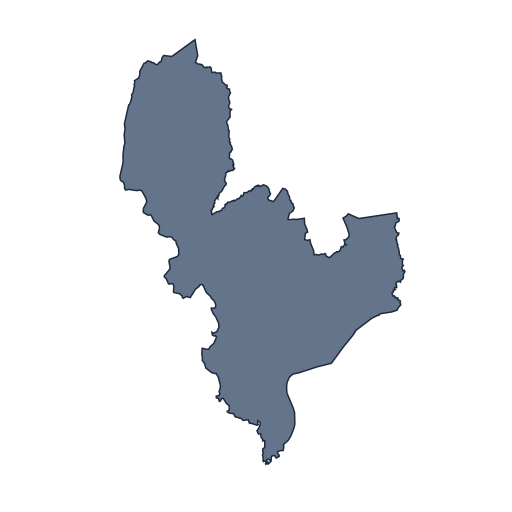 outline of Builsa South, Upper East, Ghana, rotated 9°
{"feature_id": "2480657B50810028950834", "entity_name": "Builsa South", "entity_type": "district", "adm_level": 2, "iso_a3": "GHA", "parent_name": "Ghana", "parent_adm1": "Upper East", "projection": "equal_earth", "projection_center": [-1.342, 10.53], "detail": "fine", "context": "isolated", "style": "filled", "palette": "slate", "viewbox_px": 512, "rotation_deg": 9, "n_neighbors": 0, "source": "geoboundaries", "source_scale": "gbopen_adm2", "svg_char_len": 6112}
<svg xmlns="http://www.w3.org/2000/svg" viewBox="0 0 512 512"><g transform="rotate(9 256 256)"><path d="M133.4,72.4L132.3,74.6L131.8,78.9L130.1,79.8L129.0,82.2L127.0,82.5L124.5,81.1L123.1,81.4L121.7,80.5L118.5,80.2L116.6,82.6L115.3,83.1L112.3,91.8L112.9,95.2L112.3,98.6L108.5,101.9L109.1,103.3L108.8,106.2L109.5,107.0L109.5,108.2L109.1,108.7L109.0,113.7L107.9,116.2L108.5,118.4L108.1,122.8L107.4,126.0L106.6,126.7L105.4,146.2L106.8,151.1L106.8,156.7L108.8,164.8L108.4,168.7L108.8,176.8L110.1,184.3L109.1,198.6L109.8,201.5L110.9,202.8L113.7,204.0L115.1,206.9L115.7,210.0L117.0,211.3L119.9,210.1L127.9,210.1L131.2,209.0L133.2,209.7L138.2,216.2L139.5,219.0L139.3,220.9L137.4,226.3L137.6,229.7L138.1,230.7L142.5,232.5L146.0,232.0L149.7,237.3L154.9,240.3L155.9,241.9L156.3,244.0L155.8,248.0L157.3,249.6L165.1,251.4L166.1,250.7L170.0,250.5L172.0,252.7L174.4,253.6L175.4,256.3L178.3,260.5L179.5,266.7L178.3,268.9L171.0,272.9L170.9,275.1L173.1,281.3L172.6,283.0L168.5,289.9L168.7,291.1L170.9,292.5L173.9,297.1L174.9,297.3L177.6,296.3L178.7,297.0L179.7,298.9L180.0,304.1L180.6,304.9L186.6,305.3L189.3,307.1L189.9,308.6L190.8,309.2L193.5,306.9L197.5,307.4L201.4,298.3L204.3,295.2L205.3,293.2L206.9,292.5L208.6,293.6L212.5,299.7L217.5,303.1L218.5,304.7L221.6,306.8L223.7,309.9L224.1,312.5L223.0,314.1L220.0,314.4L220.1,315.4L222.7,319.5L225.8,322.4L229.5,328.1L230.6,332.1L229.1,336.8L226.0,338.9L224.4,338.2L225.2,340.8L227.2,341.6L228.5,341.1L229.7,342.3L228.0,349.0L224.9,352.7L223.9,355.5L220.9,355.9L217.7,355.4L217.2,355.8L218.0,362.1L219.2,365.6L219.1,367.3L222.0,370.4L224.1,374.6L230.2,378.0L233.8,378.6L234.9,378.2L237.7,381.6L241.2,389.8L241.2,393.8L240.7,395.4L241.9,398.0L241.3,399.5L238.6,400.7L239.0,402.2L241.6,402.8L242.2,405.0L242.9,405.3L243.7,404.4L244.3,402.1L246.0,401.8L250.0,406.4L252.8,407.9L253.6,411.4L253.4,412.8L251.9,413.7L251.9,414.3L254.3,415.4L258.1,415.2L259.5,416.2L260.4,418.0L267.0,418.9L268.9,420.4L274.1,419.0L275.4,421.9L276.4,422.3L276.8,421.9L283.5,423.0L284.5,422.2L283.6,420.3L283.7,418.5L286.0,419.6L286.5,421.2L285.9,425.1L284.3,428.4L286.3,431.5L288.6,431.1L289.2,433.9L291.5,436.5L291.5,437.6L293.6,437.3L294.6,443.9L292.9,445.2L293.2,448.1L294.1,449.2L293.5,451.6L294.8,454.4L295.0,457.5L295.5,457.9L297.6,456.9L298.3,458.3L297.9,459.7L298.3,460.2L299.6,459.3L300.6,459.6L301.2,458.8L300.4,457.8L298.8,457.4L298.4,456.2L299.0,454.9L301.8,455.2L302.3,457.4L303.0,456.4L302.6,451.7L303.8,450.6L305.6,450.2L307.6,452.4L310.2,450.4L310.2,449.4L308.0,447.0L308.0,445.8L310.3,444.5L313.3,443.8L313.3,439.9L312.6,437.9L316.5,433.3L318.4,428.9L320.3,420.7L320.7,416.2L318.6,404.6L316.3,399.9L307.9,386.4L306.6,379.9L306.5,376.1L307.9,370.5L310.9,366.8L316.1,364.9L333.6,356.0L347.3,350.1L356.2,332.7L364.2,318.9L366.5,313.6L380.1,299.4L385.6,295.5L386.5,295.5L387.7,293.6L398.6,290.1L403.8,287.5L404.9,284.1L406.6,281.8L406.3,280.5L405.4,279.6L405.8,278.1L405.0,277.4L402.8,277.1L402.9,275.6L402.2,275.9L401.4,275.0L400.2,275.5L399.1,273.8L398.0,274.3L396.0,271.5L397.4,269.8L396.9,268.7L398.7,267.5L397.8,267.2L397.9,265.8L399.9,265.2L399.6,263.7L399.0,263.7L399.3,262.4L398.5,261.6L398.6,260.7L400.2,258.7L401.3,259.1L401.9,258.5L402.8,259.1L403.1,257.0L404.8,255.3L404.9,253.2L404.3,251.2L405.6,248.1L404.6,246.9L403.4,247.7L402.1,245.1L402.0,243.8L403.1,242.4L401.9,241.4L401.4,237.6L401.9,236.0L399.2,235.8L398.6,233.0L397.0,231.8L396.9,229.9L395.5,226.0L394.2,224.2L394.4,222.6L393.7,222.1L392.3,218.0L391.8,218.1L391.7,215.5L392.5,213.6L393.3,213.2L393.6,211.1L391.4,210.8L388.1,205.9L388.8,204.9L388.9,201.5L391.7,199.3L391.8,197.2L391.0,196.4L389.9,197.0L388.2,191.4L351.7,202.9L340.5,199.9L338.7,202.8L336.0,204.9L341.3,213.3L344.7,220.1L344.7,222.8L342.0,226.0L340.4,226.4L341.9,230.0L343.2,230.8L341.5,231.3L340.4,233.7L338.8,233.4L338.3,236.8L336.9,238.9L335.0,239.1L334.3,240.2L333.5,240.3L328.9,246.2L325.3,245.1L324.5,243.2L323.7,242.7L322.4,243.8L320.0,243.9L317.6,245.3L315.0,245.1L313.1,245.7L312.1,241.8L308.0,235.0L306.7,231.4L304.5,232.5L301.5,232.2L301.2,225.8L303.3,224.3L301.7,220.8L301.0,220.4L300.5,218.7L299.2,217.3L297.8,211.2L289.6,213.8L287.9,213.6L283.5,214.9L281.8,214.7L282.3,208.8L285.4,205.8L286.3,202.5L285.4,201.9L285.5,201.0L284.6,200.0L284.4,198.7L282.5,197.6L281.7,195.6L281.0,195.7L280.4,194.7L279.8,192.2L278.1,190.1L276.8,187.0L274.5,185.3L271.9,185.0L264.8,199.5L259.8,198.7L258.8,197.4L258.7,195.5L259.9,194.5L260.5,191.9L259.7,191.4L258.2,187.6L256.1,185.5L252.3,184.5L249.1,186.6L248.3,186.1L248.0,186.6L247.0,185.7L246.2,186.9L245.8,186.5L243.8,187.9L243.0,190.0L242.2,190.1L242.2,191.1L241.2,191.1L240.7,192.9L238.9,192.7L237.3,194.7L234.2,195.3L233.8,198.3L233.0,199.2L231.9,198.5L230.5,201.9L228.8,202.2L226.8,204.7L225.5,204.3L225.0,205.3L224.2,205.1L220.8,207.4L219.7,207.2L218.7,209.5L218.1,209.3L217.3,210.5L217.7,212.0L216.8,213.6L215.6,213.9L214.6,216.5L213.5,216.8L212.8,217.9L210.7,218.2L206.1,222.1L205.4,220.9L205.5,219.7L204.6,218.5L205.0,217.2L205.6,216.9L205.5,215.7L206.5,214.5L206.1,213.3L206.7,213.3L206.1,211.8L207.1,209.9L206.5,208.9L206.7,207.9L208.0,204.6L209.2,205.3L208.8,204.3L209.4,203.6L208.8,202.5L209.9,202.1L209.8,199.9L212.1,197.2L214.1,191.4L215.0,190.9L215.3,188.7L213.3,187.0L213.3,185.6L212.8,185.1L213.5,181.7L213.2,178.7L214.8,177.4L215.2,176.2L216.3,176.7L217.8,175.5L219.8,175.1L220.4,173.6L221.1,173.5L221.1,172.7L220.2,172.3L219.5,171.0L219.8,169.6L219.0,169.6L219.4,168.1L217.8,164.9L216.1,163.9L214.9,164.1L214.3,163.0L213.8,158.0L214.9,157.2L215.9,154.4L214.8,151.6L212.8,149.3L213.0,147.9L211.8,147.3L211.8,144.9L210.5,142.5L209.8,136.2L209.0,135.8L207.7,131.2L206.0,128.9L206.2,127.3L208.7,122.7L208.0,119.5L207.9,116.7L208.9,115.0L206.5,114.5L205.5,112.6L206.2,108.6L204.0,104.1L204.2,102.0L205.3,98.9L203.9,97.0L203.8,95.4L201.3,95.0L200.5,94.1L201.1,92.8L200.7,91.9L198.7,91.5L195.1,89.1L194.9,87.6L194.1,86.4L194.1,84.0L192.6,80.7L188.2,81.5L186.7,80.8L184.0,81.6L183.4,81.1L182.3,77.4L180.8,76.3L179.4,77.2L177.6,77.1L177.2,77.9L175.1,77.6L172.6,75.4L168.6,75.4L165.9,74.1L167.1,67.3L161.9,51.8L141.6,72.1L133.4,72.4Z" fill="#64748b" stroke="#1e293b" stroke-width="1.5"/></g></svg>